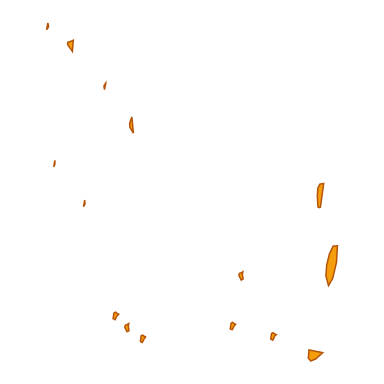 an SVG outline of Haa Alifu
{"feature_id": "MDV-5223", "entity_name": "Haa Alifu", "entity_type": "Atoll", "adm_level": 1, "iso_a3": "MDV", "parent_name": "Maldives", "parent_adm1": "", "projection": "equal_earth", "projection_center": [73.045, 6.964], "detail": "fine", "context": "isolated", "style": "filled", "palette": "amber", "viewbox_px": 384, "rotation_deg": 0, "n_neighbors": 0, "source": "natural_earth", "source_scale": "10m", "svg_char_len": 1536}
<svg xmlns="http://www.w3.org/2000/svg" viewBox="0 0 384 384"><path d="M337.4,245.8L336.5,262.3L332.7,278.3L328.5,285.6L325.9,275.9L326.7,265.1L329.4,253.9L333.1,246.2L337.4,245.8ZM323.7,183.5L320.4,207.3L319.7,207.6L319.2,207.6L318.9,207.5L318.5,207.3L317.9,206.8L317.3,195.4L317.9,187.9L319.9,184.1L323.7,183.5ZM309.0,349.9L322.7,352.7L315.8,358.9L310.8,361.0L308.3,358.2L309.0,349.9ZM73.3,40.2L73.3,40.3L72.4,51.4L67.6,44.6L67.8,42.2L70.5,41.5L73.3,40.2ZM131.9,116.9L131.9,117.2L133.4,133.2L129.8,127.2L129.7,123.0L129.7,122.9L131.9,116.9ZM118.7,314.2L116.9,316.0L115.8,318.2L115.1,319.7L113.5,318.8L113.3,318.6L113.1,318.6L113.9,313.1L115.5,312.1L117.1,313.5L118.7,314.2ZM276.3,334.6L274.4,336.4L273.6,338.8L272.7,340.2L270.7,339.0L271.6,333.4L273.0,332.7L274.7,334.0L276.3,334.6ZM146.0,336.9L145.9,336.9L144.1,338.8L143.0,341.2L142.2,342.5L140.5,341.5L140.4,341.4L141.1,335.8L142.7,335.1L144.3,336.3L146.0,336.9ZM235.7,324.2L235.7,324.3L233.9,326.2L233.0,328.4L232.1,329.7L231.0,329.2L230.2,328.8L231.2,323.2L232.5,322.3L234.2,323.6L235.7,324.2ZM242.8,271.7L242.4,274.8L242.9,277.3L243.1,279.0L241.2,280.1L238.9,275.4L239.4,273.4L241.3,272.8L242.8,271.7ZM128.7,323.5L128.3,326.5L128.8,329.0L128.9,330.8L127.0,331.7L124.7,327.1L125.4,325.2L127.2,324.5L128.7,323.5ZM47.8,23.0L48.4,24.9L48.4,27.2L46.6,29.7L47.8,23.0ZM105.8,82.9L105.8,83.1L104.5,89.6L103.9,86.0L105.8,82.9ZM84.7,200.0L84.7,200.4L85.0,204.2L83.5,206.7L84.7,200.0ZM54.9,160.3L54.9,164.2L53.7,166.9L54.9,160.3Z" fill="#f59e0b" stroke="#b45309" stroke-width="1.5"/></svg>